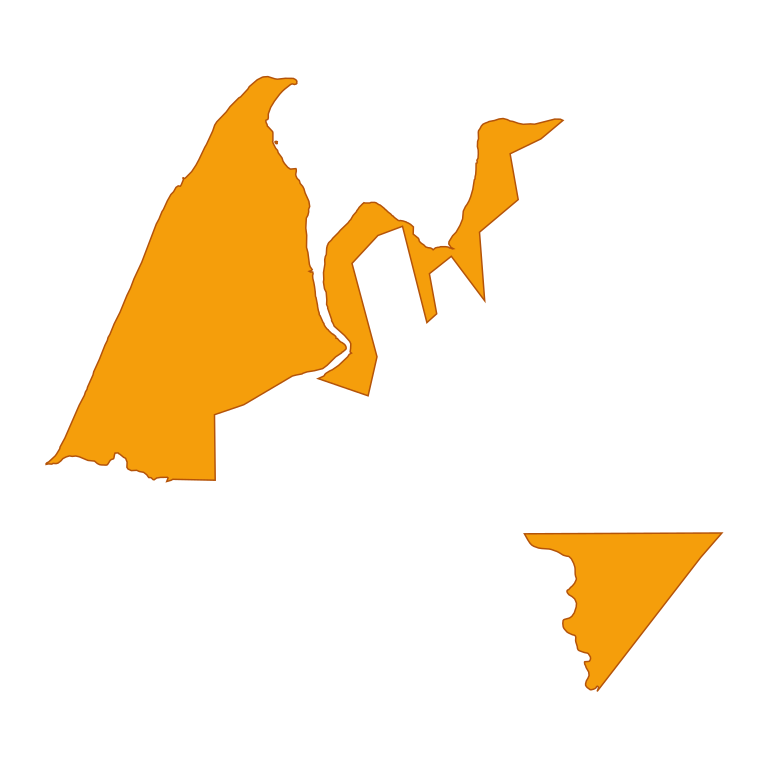 outline of Mapoon, Queensland, Australia
{"feature_id": "25037944B16136262303417", "entity_name": "Mapoon", "entity_type": "district", "adm_level": 2, "iso_a3": "AUS", "parent_name": "Australia", "parent_adm1": "Queensland", "projection": "albers", "projection_center": [141.958, -12.172], "detail": "fine", "context": "isolated", "style": "filled", "palette": "amber", "viewbox_px": 768, "rotation_deg": 0, "n_neighbors": 0, "source": "geoboundaries", "source_scale": "gbopen_adm2", "svg_char_len": 6078}
<svg xmlns="http://www.w3.org/2000/svg" viewBox="0 0 768 768"><path d="M302.9,373.3L307.0,371.9L314.5,370.7L322.7,368.6L327.1,365.3L335.6,356.9L341.6,352.9L342.4,351.8L342.9,351.8L345.9,349.2L346.2,348.2L346.0,346.8L345.3,345.3L344.2,344.1L342.1,342.6L340.6,341.9L339.0,340.4L337.3,338.4L336.0,338.3L335.9,336.8L335.6,336.3L333.4,334.4L333.2,334.5L331.3,333.1L328.7,330.6L328.2,329.8L327.1,329.0L325.4,326.9L324.1,324.7L323.9,323.4L323.1,322.5L320.0,315.5L319.3,314.7L319.2,313.1L318.3,310.3L317.6,306.6L317.5,305.2L316.0,297.4L315.5,296.5L315.2,291.7L314.5,286.4L313.8,282.6L312.8,278.4L312.6,275.6L313.1,273.7L312.7,272.0L310.6,272.1L309.2,271.3L311.6,270.4L312.2,269.6L310.2,266.7L309.4,264.3L307.9,252.5L306.5,247.4L306.7,235.2L305.8,228.1L306.3,218.1L307.9,215.3L308.7,211.9L308.6,209.3L309.7,206.5L308.9,201.3L305.1,192.9L303.9,188.7L302.7,186.4L300.2,183.5L299.3,180.5L297.1,178.4L296.0,176.0L295.7,174.3L296.3,171.1L296.2,169.1L295.9,168.6L290.4,169.1L287.7,167.3L284.5,163.5L283.0,161.1L282.0,157.9L278.2,152.7L277.5,150.3L275.7,148.3L273.2,143.4L272.6,141.4L272.9,140.9L272.9,132.8L272.6,131.6L268.1,126.7L267.5,126.4L267.0,124.3L266.1,122.6L265.8,120.7L266.1,120.1L267.8,119.4L268.3,118.0L268.3,114.3L268.5,113.3L270.7,107.3L274.4,101.2L279.6,94.3L282.3,91.3L284.6,89.2L290.2,84.8L291.2,84.2L292.5,83.9L294.4,84.5L296.4,83.9L296.9,83.2L296.7,82.2L296.9,81.2L295.8,79.7L293.3,78.4L285.3,78.3L277.4,79.2L274.9,78.8L267.9,76.6L263.6,76.9L262.3,77.2L257.2,79.8L249.3,86.6L247.9,89.0L240.6,96.9L238.8,97.9L230.1,106.6L226.2,112.0L216.8,121.8L214.7,125.1L212.7,131.0L206.5,144.4L204.8,147.3L198.9,159.7L196.0,165.1L191.7,171.6L186.5,176.9L185.1,178.2L184.3,178.5L183.4,177.8L182.9,178.0L183.4,179.6L181.4,184.5L180.4,186.2L178.2,185.9L176.0,187.4L173.6,191.7L170.9,194.5L167.4,200.7L163.4,209.5L162.0,211.6L159.0,219.0L156.3,224.0L141.8,262.1L134.0,278.8L130.5,288.1L126.9,295.5L120.0,312.3L114.2,323.8L109.9,334.4L108.1,337.4L107.3,340.5L105.0,345.1L99.4,359.3L93.7,371.8L93.0,374.9L87.5,387.2L87.0,389.4L85.5,391.8L84.4,395.3L79.2,405.2L64.9,438.0L60.1,446.9L59.7,448.8L56.5,454.1L55.1,456.0L48.6,462.0L46.9,462.8L46.1,463.6L46.1,464.4L48.4,463.9L51.9,464.1L53.0,463.4L56.1,463.6L58.0,463.1L60.9,460.9L62.9,458.6L66.2,456.9L69.5,455.9L72.2,456.4L75.8,456.0L79.3,456.8L87.9,460.4L94.5,461.1L97.3,463.5L99.5,464.6L101.1,464.9L105.8,465.1L106.9,465.0L107.8,464.2L110.2,460.4L111.4,459.5L113.5,458.8L113.9,458.0L114.5,454.7L115.0,453.1L118.1,452.9L118.9,453.8L119.6,454.0L123.6,457.3L125.6,458.3L127.1,462.1L126.9,467.3L128.0,469.0L131.3,470.6L136.7,470.3L139.3,471.5L143.6,472.3L146.7,474.7L148.7,477.5L151.1,477.7L153.1,479.6L154.1,479.8L156.7,478.0L160.5,477.4L167.4,477.3L168.1,478.0L166.7,481.5L171.0,480.3L172.8,479.3L215.2,480.2L214.5,414.7L243.8,404.7L292.4,376.0L296.3,375.0L302.1,373.9L302.9,373.3ZM413.4,226.9L410.6,224.4L408.1,222.9L407.0,222.6L406.5,222.1L403.2,221.0L400.2,220.5L399.5,220.7L398.2,220.4L394.4,217.5L392.9,215.9L392.2,215.7L390.7,214.0L388.3,212.2L385.5,209.5L385.2,209.5L384.3,208.4L380.2,205.1L378.8,204.6L376.1,202.8L374.6,202.4L371.1,202.4L369.7,203.0L365.0,203.0L363.9,202.7L363.4,203.3L362.8,203.6L359.0,207.5L358.7,208.2L356.8,210.7L356.5,211.6L353.1,215.5L350.6,219.8L349.7,220.6L348.1,222.8L340.4,230.2L338.3,232.7L332.8,238.2L331.4,240.1L328.8,242.6L328.0,243.9L328.0,244.4L327.4,245.3L326.7,248.0L326.3,254.5L325.3,256.6L324.7,259.8L324.9,264.0L323.5,272.6L323.8,279.5L323.4,282.0L324.5,288.8L326.2,292.3L326.8,300.0L326.6,304.5L327.7,307.0L327.7,308.3L331.6,319.5L331.6,320.8L333.2,323.7L334.2,326.2L344.5,335.4L349.7,341.4L350.8,343.8L350.6,348.5L350.1,351.9L351.5,353.1L349.2,354.4L347.7,356.8L338.6,365.4L332.4,369.7L329.6,371.0L326.1,373.2L324.7,374.5L324.6,375.1L323.7,376.1L318.1,378.6L368.1,395.8L377.0,356.8L352.0,263.4L377.9,235.5L402.5,226.3L426.9,322.6L436.7,313.8L429.4,273.7L451.3,256.3L484.7,300.8L479.5,232.2L518.2,199.6L510.1,153.8L540.9,138.9L563.0,120.4L560.4,119.2L554.7,119.1L534.6,124.2L530.4,123.9L523.2,124.3L518.3,123.3L512.8,121.4L510.1,121.0L507.3,119.6L503.1,118.5L499.0,119.0L494.4,120.5L489.1,121.5L487.5,122.3L485.5,123.0L483.0,124.2L481.3,126.1L479.9,128.8L478.6,130.6L478.3,132.1L478.5,138.8L477.6,141.4L477.4,146.6L478.2,149.9L478.3,153.9L478.1,157.3L478.0,158.3L476.9,160.2L477.2,161.6L477.0,163.0L476.1,163.3L476.0,169.8L475.7,174.3L475.1,176.8L475.0,178.9L474.3,179.8L472.8,189.4L470.7,196.7L469.0,200.9L467.1,204.3L465.5,206.5L463.3,211.1L462.6,219.0L460.0,225.4L456.1,232.2L452.6,235.8L449.0,241.7L448.8,244.0L451.0,247.4L453.4,248.7L452.4,248.9L450.8,248.1L449.7,248.0L448.0,247.0L445.6,246.7L440.6,246.7L439.0,247.3L437.9,247.3L435.4,247.9L433.1,249.8L432.0,248.7L430.6,248.0L428.1,247.7L425.7,246.9L423.8,244.9L421.5,243.4L419.8,241.8L419.1,240.7L419.0,239.6L418.4,238.3L413.2,234.1L413.4,226.9ZM524.4,533.8L527.9,540.0L530.0,543.2L531.7,545.0L533.8,546.3L538.5,548.0L541.8,548.5L549.2,549.0L551.4,549.5L557.0,551.5L559.1,552.6L563.3,555.2L566.5,556.1L568.7,556.4L569.5,557.0L571.4,558.9L573.7,563.4L574.9,567.2L575.1,568.9L575.2,574.1L575.6,576.3L576.3,578.1L576.3,579.5L574.6,583.2L572.4,585.9L570.6,587.4L568.8,589.5L567.5,590.1L567.0,590.9L567.0,591.8L567.5,592.9L568.9,594.7L572.1,596.6L574.6,598.8L575.4,600.4L576.5,603.2L576.2,607.0L574.3,612.8L571.8,616.4L569.5,618.0L564.5,619.4L563.7,619.8L563.1,620.6L562.8,623.5L563.2,626.8L563.7,628.0L564.5,629.2L567.0,632.0L568.6,633.0L572.3,634.7L574.6,635.3L575.4,636.0L575.8,637.3L575.6,640.5L575.8,641.8L577.2,646.3L577.5,648.5L578.1,649.8L579.1,650.6L582.0,651.7L584.3,652.5L587.3,653.1L588.3,653.6L590.5,657.1L590.4,657.9L590.6,658.7L590.0,660.3L589.4,661.2L588.0,661.5L584.8,661.7L584.5,662.1L584.7,664.1L585.5,665.6L586.2,667.7L588.7,672.0L589.1,675.4L588.0,678.1L586.4,680.8L585.6,683.6L585.6,685.2L586.3,686.5L587.3,687.6L590.2,689.7L591.5,689.7L593.5,689.2L594.9,688.6L595.9,687.9L596.5,686.8L597.2,686.2L598.0,686.5L598.6,687.7L597.1,691.4L700.7,557.4L721.9,533.0L524.4,533.8ZM275.1,142.6L276.2,143.7L277.2,143.5L277.1,142.7L277.3,141.7L276.1,141.3L275.1,141.6L275.1,142.6Z" fill="#f59e0b" stroke="#b45309" stroke-width="1.5"/></svg>